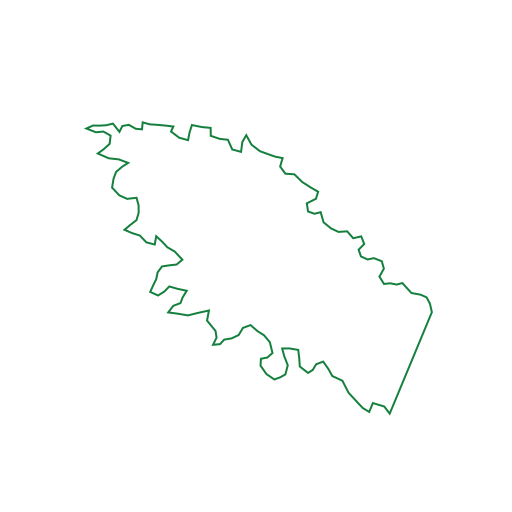 outline of Sul Brasil, Santa Catarina, Brazil, rotated 140°
{"feature_id": "56859067B48217728090454", "entity_name": "Sul Brasil", "entity_type": "district", "adm_level": 2, "iso_a3": "BRA", "parent_name": "Brazil", "parent_adm1": "Santa Catarina", "projection": "equal_earth", "projection_center": [-52.938, -26.7], "detail": "fine", "context": "isolated", "style": "outline", "palette": "green", "viewbox_px": 512, "rotation_deg": 140, "n_neighbors": 0, "source": "geoboundaries", "source_scale": "gbopen_adm2", "svg_char_len": 2089}
<svg xmlns="http://www.w3.org/2000/svg" viewBox="0 0 512 512"><g transform="rotate(140 256 256)"><path d="M254.9,49.3L157.4,99.9L153.4,107.7L151.9,114.7L154.8,120.6L160.7,127.7L161.3,141.2L166.6,143.7L170.7,148.8L175.9,152.3L174.7,160.9L166.2,164.1L163.0,171.1L167.1,178.6L172.7,181.6L175.9,188.2L173.3,194.9L165.4,195.6L162.8,203.4L170.1,207.1L170.3,216.3L177.4,221.5L180.8,229.0L182.6,238.3L178.3,248.0L184.1,250.8L187.5,256.7L183.2,263.7L173.3,261.3L167.1,265.3L170.0,273.2L173.0,282.8L174.1,293.9L180.6,300.2L180.0,309.0L172.7,313.9L177.4,319.7L180.9,325.6L185.6,333.7L187.9,344.2L185.8,354.8L193.2,352.1L200.5,345.4L205.7,352.9L202.8,363.1L208.4,368.9L213.4,377.1L208.4,383.3L214.6,389.6L220.9,397.5L227.3,393.5L233.6,388.4L238.8,396.0L241.1,406.0L236.1,408.3L242.0,414.6L248.2,420.8L252.8,425.2L256.9,431.2L261.9,426.3L266.3,430.7L269.1,438.2L274.8,441.5L280.8,438.9L280.5,449.4L286.8,452.5L292.0,456.4L297.0,460.7L304.0,462.7L299.1,453.7L292.9,449.4L290.0,441.7L296.0,436.0L304.2,435.7L311.3,436.2L306.0,425.5L299.0,418.2L294.1,409.5L301.1,410.4L309.0,410.4L315.4,406.8L322.3,400.9L321.7,390.3L318.0,382.6L310.1,377.4L313.3,370.4L318.0,364.6L324.5,360.3L332.1,360.6L339.9,360.6L336.2,353.2L331.8,346.3L331.2,336.9L326.2,329.9L319.7,335.3L318.7,327.4L318.3,319.7L315.4,311.7L314.8,300.5L322.3,300.5L328.6,304.7L334.7,308.4L341.9,306.7L347.3,302.4L353.4,299.7L360.1,296.5L356.4,288.7L349.0,287.7L342.0,288.4L337.0,281.0L331.4,273.9L338.7,271.5L344.1,268.5L351.4,271.0L359.5,269.2L353.1,262.2L346.4,254.3L337.6,250.0L327.1,244.5L335.0,238.0L335.2,224.6L338.7,218.8L346.0,215.6L340.2,211.6L334.1,212.4L327.7,208.6L320.1,206.6L312.2,209.3L304.6,206.6L303.1,197.3L300.8,190.1L300.8,181.1L305.7,171.1L312.5,170.9L318.3,174.1L323.0,169.1L323.9,158.9L321.3,149.6L315.4,147.5L309.6,146.4L301.9,151.9L298.7,161.3L295.4,168.3L290.0,163.9L284.0,156.9L288.8,149.6L293.5,143.2L291.3,133.0L285.9,132.2L279.5,134.4L272.4,131.9L273.2,122.6L274.7,115.0L270.0,104.9L273.0,91.7L272.4,79.0L271.9,70.8L269.5,63.8L261.0,68.2L254.5,58.3L254.9,49.3Z" fill="none" stroke="#15803d" stroke-width="2"/></g></svg>